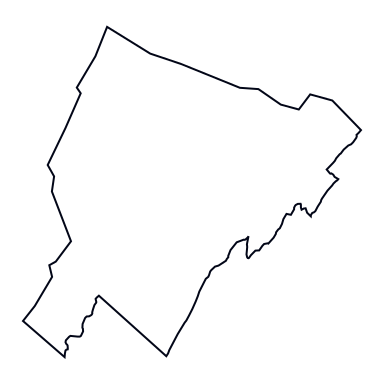 the district of Hardy, West Virginia, United States of America
{"feature_id": "52423323B33103452466662", "entity_name": "Hardy", "entity_type": "district", "adm_level": 2, "iso_a3": "USA", "parent_name": "United States of America", "parent_adm1": "West Virginia", "projection": "orthographic", "projection_center": [-78.78, 39.0], "detail": "fine", "context": "isolated", "style": "outline", "palette": "ink", "viewbox_px": 384, "rotation_deg": 0, "n_neighbors": 0, "source": "geoboundaries", "source_scale": "gbopen_adm2", "svg_char_len": 1990}
<svg xmlns="http://www.w3.org/2000/svg" viewBox="0 0 384 384"><path d="M64.6,357.1L64.9,353.6L65.5,350.5L66.5,349.6L67.7,349.4L67.8,348.5L67.6,345.6L67.2,344.8L66.2,343.8L65.5,342.2L65.9,340.3L69.1,336.8L70.4,335.9L77.7,336.6L79.8,336.6L80.9,335.9L83.1,331.4L82.9,328.6L82.4,327.8L82.6,324.0L85.1,318.0L86.6,316.5L89.2,316.3L91.4,315.0L92.1,314.0L92.3,313.4L92.2,312.3L92.9,309.7L94.4,305.1L96.2,302.6L96.3,302.0L95.6,298.9L96.7,297.6L98.9,295.7L166.3,356.2L168.1,353.4L169.3,350.1L177.7,334.1L184.7,322.6L186.3,320.6L189.0,315.6L192.3,309.1L195.6,301.7L197.8,296.2L199.3,291.6L205.8,278.8L208.3,276.8L209.1,275.0L210.2,271.5L211.3,270.1L215.0,266.6L218.5,265.6L225.9,260.8L226.8,259.0L228.3,257.2L228.2,256.0L230.5,250.1L236.7,242.3L243.6,239.7L244.8,239.8L245.6,239.4L247.8,237.4L248.5,236.2L247.2,242.8L246.9,244.6L247.1,245.5L247.1,245.8L247.2,247.1L246.5,254.4L247.1,257.1L247.7,258.0L248.5,258.2L249.0,257.9L250.9,255.2L255.4,250.6L259.2,250.4L262.4,245.8L264.1,244.0L267.7,243.3L268.3,243.6L273.6,237.7L275.8,234.0L276.1,232.3L278.2,229.5L279.8,228.3L282.0,223.9L283.4,219.1L286.5,213.9L290.9,214.8L294.1,209.3L294.1,207.7L295.0,205.9L295.7,205.0L297.8,203.9L300.6,203.8L300.9,204.7L300.9,207.5L301.6,209.7L303.9,208.5L305.6,208.3L307.1,212.7L310.8,216.3L310.9,215.0L312.3,212.9L313.8,212.4L315.3,211.2L317.7,206.6L320.8,201.8L321.3,199.8L322.2,198.3L327.5,190.6L332.2,185.4L333.5,183.5L335.9,181.2L337.3,180.3L338.3,179.1L334.6,176.9L333.3,174.7L331.4,173.4L330.4,173.7L330.0,173.5L326.7,169.5L333.1,162.9L334.9,160.8L336.2,158.3L339.7,154.2L340.8,153.5L341.6,152.4L343.7,149.6L348.3,145.5L351.1,144.3L353.1,142.3L356.3,137.8L356.8,136.1L356.5,134.9L358.8,132.7L361.0,130.1L332.3,100.5L310.2,94.4L298.8,109.5L280.8,104.6L258.4,89.1L239.9,87.8L181.1,64.0L150.2,53.6L107.1,26.9L95.4,56.3L76.8,87.6L80.7,93.3L65.5,128.0L47.7,165.0L54.1,176.4L51.9,191.5L71.0,241.3L55.8,261.6L49.3,265.2L52.1,276.9L34.8,306.0L23.0,321.0L64.6,357.1Z" fill="none" stroke="#020617" stroke-width="2"/></svg>